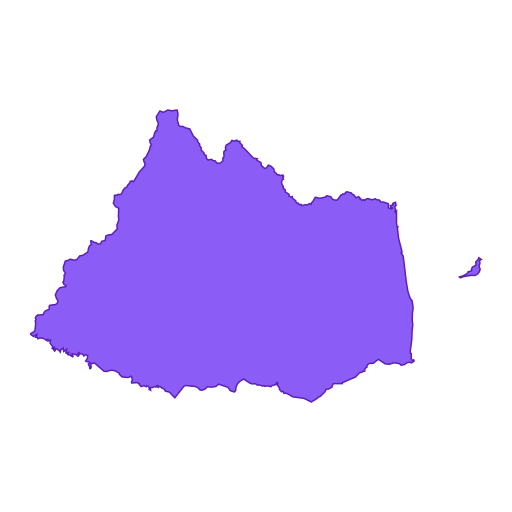 Bang Saphan Noi, Prachuap Khiri Khan, Thailand
{"feature_id": "78962969B56778840281183", "entity_name": "Bang Saphan Noi", "entity_type": "district", "adm_level": 2, "iso_a3": "THA", "parent_name": "Thailand", "parent_adm1": "Prachuap Khiri Khan", "projection": "albers", "projection_center": [99.369, 11.087], "detail": "fine", "context": "isolated", "style": "filled", "palette": "violet", "viewbox_px": 512, "rotation_deg": 0, "n_neighbors": 0, "source": "geoboundaries", "source_scale": "gbopen_adm2", "svg_char_len": 6020}
<svg xmlns="http://www.w3.org/2000/svg" viewBox="0 0 512 512"><path d="M159.9,111.0L156.3,116.6L156.8,119.9L158.2,122.8L158.2,124.5L157.0,127.6L157.0,130.9L155.9,130.7L154.6,133.0L153.6,137.0L149.6,140.1L150.2,142.8L151.5,145.1L150.2,146.4L149.6,149.5L146.4,156.4L143.5,159.3L143.9,161.6L144.9,163.1L144.8,165.9L139.3,172.0L133.7,181.5L133.1,181.7L132.1,180.8L131.5,181.4L130.3,181.2L130.1,182.4L127.5,185.4L126.8,187.1L125.0,187.9L123.2,190.1L121.4,193.9L120.0,194.5L117.8,194.4L117.1,195.3L114.8,195.1L114.4,195.7L114.4,199.2L113.3,203.1L115.5,206.6L118.7,208.2L118.4,217.1L118.9,219.7L116.9,225.1L117.3,228.9L111.6,234.6L109.1,234.7L105.9,235.9L105.1,240.6L101.8,241.2L100.5,243.8L98.0,244.1L96.1,242.6L94.0,242.4L91.5,240.8L90.7,240.9L91.3,244.2L89.5,246.0L88.5,248.2L87.9,251.9L82.7,255.4L79.8,255.8L76.9,259.5L74.3,260.2L70.1,259.2L68.0,260.4L65.3,261.0L63.3,267.2L63.6,270.4L65.5,273.3L64.0,275.4L64.3,277.0L63.7,281.1L62.9,282.3L63.9,284.4L65.8,285.5L66.0,286.2L65.5,286.7L60.1,287.6L57.3,290.5L55.3,294.9L56.6,298.7L57.9,300.8L57.9,301.8L56.8,303.7L55.4,304.5L49.7,305.3L49.2,306.2L49.2,309.3L45.8,310.7L44.5,311.8L42.8,314.8L37.6,315.0L35.7,316.9L35.4,318.0L36.0,319.5L35.2,321.1L35.7,323.0L35.0,330.3L34.2,331.5L30.7,333.6L31.0,334.7L33.7,336.5L36.9,334.3L36.9,335.5L35.7,337.2L37.0,337.4L38.0,338.8L39.8,337.9L43.3,338.4L45.3,339.3L46.3,340.4L47.8,339.3L48.0,341.1L50.5,340.0L50.0,343.0L52.9,347.0L54.4,347.3L54.0,348.2L52.5,347.8L52.1,348.3L53.3,349.1L54.6,351.1L55.2,350.5L55.3,348.8L56.1,348.7L59.2,350.5L60.2,352.1L60.8,349.9L63.2,348.1L63.7,351.5L66.7,349.4L65.8,352.8L67.1,353.6L67.7,352.5L68.7,352.4L68.0,354.7L69.6,354.9L72.6,356.8L73.1,356.0L72.0,354.9L72.1,353.6L76.1,354.7L77.9,356.3L79.2,354.8L77.8,353.7L78.7,352.5L80.3,353.7L82.5,354.0L83.9,356.0L85.0,354.9L87.6,355.3L87.4,358.4L85.6,361.0L86.6,361.6L88.6,361.7L90.0,362.6L88.3,363.9L89.7,367.0L89.7,368.5L90.6,368.5L91.1,367.6L90.9,363.8L94.5,363.0L103.9,371.2L106.8,371.5L109.1,370.6L112.2,370.2L115.8,371.1L119.2,373.3L119.5,374.4L122.0,376.9L127.9,377.5L131.2,376.3L132.3,379.0L132.2,380.6L131.5,381.4L131.7,383.0L137.9,382.6L138.2,383.5L139.5,383.8L139.4,384.7L141.1,386.6L143.8,385.7L146.3,386.7L146.8,385.9L148.3,386.2L149.1,387.8L149.8,387.9L149.1,389.4L150.6,390.2L150.3,388.8L150.7,387.5L152.0,387.7L154.5,386.6L155.4,387.1L156.1,386.7L156.8,386.9L156.9,386.0L157.8,386.8L157.6,385.8L158.1,385.7L159.1,386.7L160.6,386.8L161.8,388.0L164.1,388.9L165.3,391.1L169.4,392.1L174.8,397.8L183.9,386.3L185.5,385.5L195.2,386.5L197.8,387.6L199.8,389.8L201.6,390.3L204.7,389.3L207.4,386.8L211.3,387.1L215.8,386.5L218.6,384.2L228.0,387.3L230.2,390.6L234.2,392.0L235.6,390.7L236.0,387.2L237.6,383.6L240.3,381.0L243.6,379.0L250.0,383.2L252.1,383.9L255.2,383.7L257.4,385.1L260.0,385.0L262.5,386.1L264.0,385.5L264.6,386.3L267.6,385.9L270.9,386.7L271.4,385.8L276.2,384.5L276.1,383.2L277.0,382.4L277.7,383.2L277.1,384.7L279.6,388.2L279.4,389.3L281.5,391.8L283.2,391.4L284.0,393.4L285.6,393.1L288.1,394.0L292.6,396.8L304.1,398.4L311.3,402.0L317.2,398.4L318.1,397.2L320.3,396.4L325.0,391.7L325.9,389.5L329.1,388.8L331.9,387.2L333.1,383.7L342.3,383.6L342.3,382.7L355.5,377.0L359.6,372.7L362.5,372.0L363.6,370.9L364.7,371.2L364.8,369.1L365.9,367.7L366.9,367.3L366.7,366.4L368.0,364.3L369.4,363.4L373.3,363.3L378.3,359.3L385.1,363.8L389.2,364.3L393.6,362.9L396.1,363.0L399.6,363.7L401.0,365.1L402.5,365.1L403.1,364.5L404.4,364.7L406.3,363.1L409.1,362.1L411.5,362.9L414.1,361.1L413.7,359.8L412.2,360.4L411.4,359.3L411.2,353.5L410.5,353.2L410.2,351.7L411.8,339.3L412.1,330.6L412.8,324.8L412.2,320.3L412.4,313.3L413.1,308.6L412.8,305.2L412.0,300.4L411.4,300.2L409.7,297.1L407.9,291.4L406.3,282.0L403.2,256.0L401.3,253.4L401.4,251.6L401.6,253.3L402.0,252.8L401.9,251.3L398.6,238.4L397.3,227.2L398.5,226.8L397.1,226.6L396.5,223.5L396.5,211.5L395.8,212.6L395.0,212.0L395.6,209.7L394.7,207.3L396.1,205.3L395.5,202.3L393.3,203.0L392.7,203.9L393.2,204.4L393.0,205.0L390.5,205.6L390.7,207.6L392.1,207.6L392.2,208.5L391.2,208.9L388.2,207.8L388.6,205.1L388.3,203.7L383.4,202.0L380.7,202.1L379.9,200.6L378.7,199.8L378.2,200.1L376.1,199.5L375.5,198.8L371.9,199.8L368.1,198.6L366.6,198.8L365.1,200.2L364.5,199.8L364.0,200.3L363.3,199.7L361.8,200.4L360.6,198.8L359.9,198.8L360.1,198.2L358.7,196.6L356.2,197.8L353.9,195.0L352.0,194.1L351.5,193.0L346.9,191.8L345.6,192.3L344.5,194.1L342.8,193.9L342.2,194.7L340.9,195.0L337.3,200.0L335.0,200.1L332.5,199.2L330.6,196.6L326.5,195.8L325.3,197.1L319.8,198.3L315.8,197.3L315.2,197.4L313.1,201.1L311.3,203.1L311.3,204.2L309.3,203.6L307.9,204.8L305.5,204.7L301.4,205.6L301.1,204.5L298.8,204.4L298.3,203.2L296.3,202.8L295.7,200.7L292.7,198.5L292.2,196.6L291.5,197.1L289.2,196.2L289.0,194.3L285.4,191.9L285.3,190.2L284.5,189.2L283.4,189.0L283.6,188.0L283.0,187.3L283.3,186.5L282.0,184.4L281.5,182.3L282.3,179.5L283.4,179.2L283.0,177.9L283.5,177.1L282.9,176.4L283.4,175.9L282.9,175.1L279.9,175.5L278.8,174.7L277.6,174.8L274.2,171.4L273.7,168.7L270.8,166.1L268.8,165.2L268.2,165.2L266.6,167.8L264.7,168.5L262.4,166.4L261.6,166.2L260.9,162.5L256.9,160.3L256.5,159.5L257.2,158.8L253.3,158.0L245.1,149.3L242.0,146.7L242.4,145.5L239.8,142.7L239.9,141.3L237.4,141.3L236.9,140.1L234.6,141.0L232.7,140.8L232.0,140.3L230.1,142.9L226.4,145.0L225.7,146.1L225.4,148.5L226.1,150.1L224.6,150.8L223.8,151.9L224.0,156.4L222.8,158.4L223.0,160.5L220.5,163.1L217.0,163.2L215.0,160.7L213.3,160.8L211.5,159.3L208.0,160.0L206.5,158.5L206.0,155.3L204.5,154.7L203.7,152.5L201.3,150.3L201.1,147.5L199.6,145.8L199.7,144.1L197.7,141.8L197.6,140.2L193.3,136.0L189.7,128.8L185.5,127.9L182.9,126.4L180.2,126.4L178.8,125.4L177.3,120.0L178.0,114.0L177.1,110.0L171.7,110.8L167.9,110.0L163.5,112.3L159.9,111.0ZM481.3,259.5L478.8,257.7L478.2,259.3L475.8,261.9L475.9,265.3L472.4,267.1L471.5,269.1L471.5,270.9L468.0,271.9L467.8,272.8L466.5,274.0L462.7,276.0L459.4,276.9L459.4,277.3L460.7,277.7L463.5,276.6L471.7,275.3L475.0,275.5L477.5,274.1L479.4,271.7L480.1,269.2L479.0,265.8L479.9,263.7L479.6,260.3L481.3,259.5Z" fill="#8b5cf6" stroke="#5b21b6" stroke-width="1.5"/></svg>